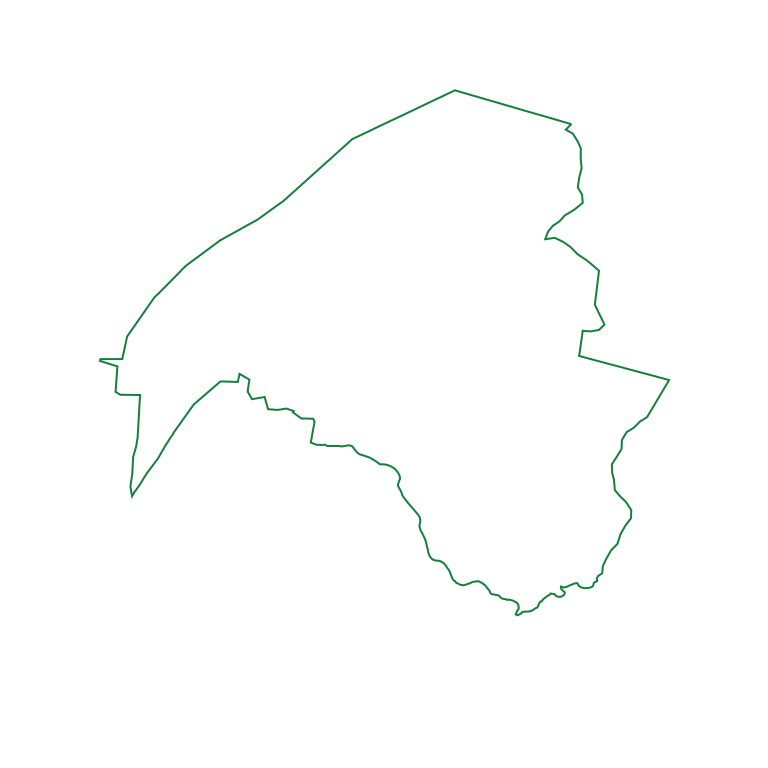 Mazatlán Villa de Flores, Oaxaca, Mexico, rotated 73°
{"feature_id": "50627088B32385054686880", "entity_name": "Mazatlán Villa de Flores", "entity_type": "district", "adm_level": 2, "iso_a3": "MEX", "parent_name": "Mexico", "parent_adm1": "Oaxaca", "projection": "robinson", "projection_center": [-96.881, 18.015], "detail": "fine", "context": "isolated", "style": "outline", "palette": "green", "viewbox_px": 768, "rotation_deg": 73, "n_neighbors": 0, "source": "geoboundaries", "source_scale": "gbopen_adm2", "svg_char_len": 5493}
<svg xmlns="http://www.w3.org/2000/svg" viewBox="0 0 768 768"><g transform="rotate(73 384 384)"><path d="M140.5,342.6L146.3,355.0L147.8,358.3L151.4,366.0L153.1,369.5L154.5,372.7L162.3,389.5L162.7,390.3L168.6,403.0L169.9,405.8L178.8,424.9L179.3,426.0L179.6,426.7L183.7,438.9L185.5,444.2L187.5,450.0L189.6,456.3L189.9,457.2L191.5,464.8L192.6,470.1L193.8,475.6L195.7,484.3L198.6,498.0L198.7,498.7L200.5,503.6L202.8,510.1L204.6,515.2L206.6,520.8L207.9,524.4L210.5,531.9L213.1,539.1L213.2,539.3L215.6,543.7L218.0,548.1L231.3,572.7L233.7,577.8L263.4,615.7L283.6,627.0L277.3,647.9L278.9,648.9L289.2,633.8L313.0,643.0L317.2,639.3L323.2,620.5L363.2,635.3L371.1,639.2L375.5,642.0L380.4,645.2L396.3,651.0L407.9,656.5L417.7,657.8L415.2,655.0L414.4,654.4L413.8,653.3L409.6,647.9L406.8,644.6L404.1,641.6L401.2,638.2L399.4,636.1L397.4,633.2L396.4,631.9L394.0,628.6L389.3,622.1L379.3,611.4L377.7,609.6L377.4,609.2L375.9,607.4L372.7,603.7L370.2,600.3L369.2,599.6L367.5,597.4L348.0,572.0L333.7,539.6L339.3,523.2L332.1,519.2L340.5,511.4L347.9,515.0L351.5,516.6L359.9,514.7L360.8,507.8L361.5,502.0L362.7,502.0L374.2,502.2L377.7,493.3L378.0,491.2L378.9,485.2L379.0,484.4L383.5,478.2L384.6,479.4L392.8,473.1L396.5,461.9L399.9,461.5L410.3,466.9L413.9,468.7L417.7,470.7L418.6,471.1L422.4,466.3L424.0,461.6L424.9,458.1L426.6,456.5L427.5,454.1L428.5,450.5L429.3,447.8L430.3,444.8L431.3,442.9L431.6,441.0L431.9,438.8L432.2,436.0L433.2,434.0L433.9,433.0L434.9,432.3L437.8,431.3L441.2,430.0L444.0,428.0L445.7,425.5L447.4,423.0L448.9,421.0L450.0,419.4L453.2,416.4L454.7,415.1L456.8,413.4L459.4,411.6L460.2,409.6L460.9,407.3L462.1,405.0L463.5,403.0L465.0,401.3L466.5,399.9L468.4,398.4L470.2,397.5L473.2,396.4L476.5,395.9L479.4,396.4L480.8,397.6L483.1,399.3L484.9,400.3L487.0,400.2L490.0,399.4L493.1,399.0L495.4,399.1L499.5,397.9L504.2,396.0L505.7,395.4L507.0,394.8L510.6,393.2L512.1,392.5L514.1,391.7L516.1,390.8L518.2,389.9L519.4,389.4L521.5,389.0L522.2,388.8L524.9,389.2L526.1,389.6L526.9,389.8L529.1,391.3L530.3,391.5L532.0,391.9L535.4,391.7L536.0,391.6L537.7,391.1L540.4,390.7L542.9,390.3L546.3,390.0L549.0,390.2L554.1,390.5L554.3,390.5L557.6,390.9L562.4,390.6L564.6,389.7L566.4,388.4L567.6,386.8L568.6,384.4L569.5,382.3L572.7,379.3L576.1,377.8L577.8,377.4L579.5,376.9L581.7,376.1L584.8,375.9L588.8,375.6L591.7,375.1L593.0,373.9L593.9,373.5L595.3,373.0L595.8,372.3L597.1,370.9L598.3,369.8L598.8,368.5L599.0,368.3L599.9,366.3L599.7,363.1L599.7,360.5L599.2,357.4L599.5,355.0L600.0,352.0L600.7,350.7L601.8,349.7L602.1,349.4L602.9,348.5L606.2,346.1L609.2,345.0L611.5,344.0L612.2,343.8L613.6,343.4L615.4,343.3L616.4,342.5L617.0,341.2L617.7,339.9L618.5,338.6L619.1,337.1L620.2,335.9L621.8,335.1L623.2,334.3L624.7,332.2L625.5,330.3L626.6,329.2L626.7,327.5L627.7,325.9L628.8,324.1L631.7,321.1L632.6,320.7L633.3,320.4L635.5,320.2L637.4,320.6L638.9,321.4L639.3,322.4L642.8,325.3L643.4,324.9L644.1,324.4L644.1,323.0L643.8,321.4L643.7,320.1L642.8,319.1L642.5,318.7L642.6,318.0L642.8,317.2L642.8,316.3L642.9,315.5L643.1,314.7L643.5,313.8L643.8,312.5L644.0,311.4L644.1,309.7L643.7,307.3L643.1,305.9L642.7,304.6L642.6,303.4L642.5,302.7L641.7,301.9L639.1,299.6L637.7,298.0L638.0,296.5L636.8,295.4L636.2,294.3L634.3,289.0L634.2,287.7L633.8,287.0L633.3,286.1L633.1,285.9L633.3,285.5L633.8,284.8L634.1,283.7L634.5,282.7L634.9,282.3L636.3,281.7L637.2,281.2L638.6,279.2L639.1,277.8L639.1,276.1L638.3,273.6L637.5,272.6L636.6,272.1L635.7,272.2L634.4,273.1L632.1,274.4L629.9,274.2L629.4,273.9L631.0,272.0L631.4,269.2L630.8,264.3L630.5,260.1L630.7,258.4L631.0,257.4L634.3,256.5L636.5,254.5L638.1,251.3L638.7,248.6L639.0,246.1L638.5,243.5L637.2,242.4L635.7,241.6L635.3,241.1L635.1,240.3L635.1,239.2L634.9,238.1L634.1,237.4L633.0,237.7L631.9,237.0L630.8,236.2L630.5,235.9L630.2,235.4L630.1,234.8L629.8,234.2L629.5,232.9L629.2,231.7L628.7,230.6L622.2,228.0L616.5,222.9L609.6,215.6L605.1,207.5L596.4,201.4L592.7,197.4L590.2,194.8L584.7,187.2L581.3,185.9L578.2,184.9L576.9,184.4L567.6,187.1L564.3,188.9L561.3,190.7L559.3,191.5L554.2,193.7L552.8,194.3L551.3,193.9L543.8,192.3L543.2,192.1L535.9,191.8L527.4,189.6L522.2,183.3L515.6,175.8L507.2,172.9L501.0,166.1L498.8,157.8L494.7,150.1L493.8,146.5L492.5,142.0L472.6,120.1L463.6,110.2L460.3,115.5L457.2,120.4L453.7,125.9L449.7,132.4L443.4,142.5L437.0,152.7L432.2,160.4L432.0,160.8L422.0,176.8L414.7,188.4L414.2,189.2L412.4,188.4L411.9,188.1L409.7,187.0L407.9,186.2L405.3,185.0L402.1,183.5L400.0,182.5L397.9,181.5L394.7,180.0L391.2,178.4L392.2,176.0L394.1,171.0L394.8,165.3L395.2,162.7L391.9,156.3L391.6,155.8L376.3,158.2L369.9,159.2L342.9,147.2L338.5,145.3L331.2,149.9L326.6,152.9L325.1,153.9L322.9,155.7L317.9,159.8L316.6,160.9L307.5,165.6L300.6,171.0L294.1,178.0L292.7,187.5L286.3,182.6L282.1,176.4L279.8,168.7L275.7,161.9L272.9,150.9L268.8,140.9L265.8,140.3L260.8,139.2L260.0,139.4L258.4,139.8L257.4,140.1L252.7,141.2L249.0,139.5L246.6,138.3L244.2,137.2L243.9,137.1L235.4,131.9L235.2,131.8L234.8,131.8L231.1,131.0L229.9,130.8L226.4,130.1L224.7,129.6L223.5,129.2L221.5,128.6L218.2,127.5L216.3,126.9L215.0,127.1L210.5,127.6L209.0,127.8L199.8,130.2L193.9,135.8L190.3,129.0L190.2,128.7L190.2,129.0L189.7,129.8L172.3,156.3L170.4,159.3L165.9,166.2L151.2,188.6L147.4,194.4L138.8,207.6L136.1,211.6L133.8,215.3L131.0,219.4L128.3,223.6L126.5,226.3L123.9,230.4L124.3,233.0L125.0,237.7L125.0,237.8L126.0,244.5L126.5,247.8L127.0,251.5L128.2,259.5L130.1,272.1L130.7,276.1L131.5,281.6L132.7,289.6L134.3,300.9L135.6,309.5L136.6,316.4L137.4,321.2L140.5,342.6Z" fill="none" stroke="#15803d" stroke-width="2"/></g></svg>